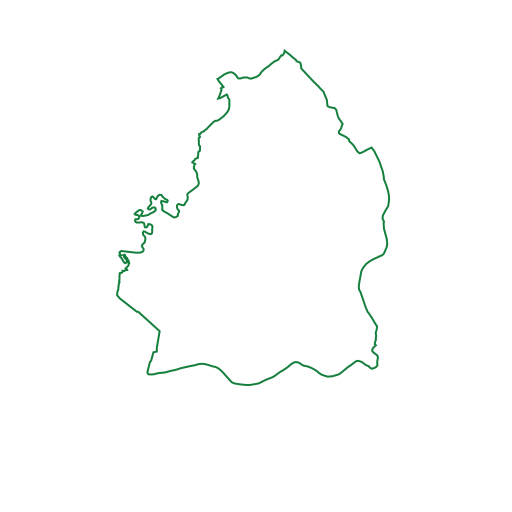 outline of Kampong Trach, Kâmpôt, Cambodia, rotated 51°
{"feature_id": "14789045B82018402727436", "entity_name": "Kampong Trach", "entity_type": "district", "adm_level": 2, "iso_a3": "KHM", "parent_name": "Cambodia", "parent_adm1": "Kâmpôt", "projection": "mercator", "projection_center": [104.456, 10.519], "detail": "fine", "context": "isolated", "style": "outline", "palette": "green", "viewbox_px": 512, "rotation_deg": 51, "n_neighbors": 0, "source": "geoboundaries", "source_scale": "gbopen_adm2", "svg_char_len": 6141}
<svg xmlns="http://www.w3.org/2000/svg" viewBox="0 0 512 512"><g transform="rotate(51 256 256)"><path d="M309.9,134.9L306.7,134.2L304.4,132.0L302.0,126.4L300.5,122.0L296.4,117.5L292.7,114.7L288.8,112.6L283.2,110.3L276.9,108.3L274.6,106.7L269.7,104.1L259.7,100.5L256.5,99.8L248.9,98.1L244.5,97.9L243.1,103.5L242.9,105.4L241.9,109.7L241.1,111.0L238.0,111.4L234.8,110.9L231.3,110.6L228.6,110.8L225.7,111.3L223.5,110.4L220.0,111.2L213.4,114.3L212.6,114.2L211.3,113.1L210.9,110.9L210.2,109.5L208.7,107.1L207.9,105.6L205.7,105.3L201.4,105.1L198.4,104.2L193.0,101.7L190.7,101.7L186.8,105.0L185.3,105.8L184.3,106.0L179.2,102.7L174.7,101.4L170.8,100.2L166.4,100.6L162.8,100.8L157.0,101.5L138.9,102.8L135.5,100.7L133.7,100.0L132.2,100.6L130.1,102.0L128.7,101.5L125.2,102.4L121.1,103.0L114.5,104.6L115.5,105.6L116.4,107.3L116.8,109.2L116.0,109.9L116.4,111.8L116.9,113.3L117.4,114.9L117.4,115.8L116.5,118.6L116.3,121.6L116.3,124.7L116.5,126.1L116.1,130.2L116.1,132.5L116.3,134.9L116.7,137.1L117.4,138.7L117.3,141.8L116.8,143.8L116.0,145.6L115.1,148.2L113.6,149.5L111.7,150.5L109.8,152.9L108.7,154.9L108.4,156.1L107.6,157.2L106.6,158.1L103.0,157.8L101.2,158.0L100.2,158.3L98.8,158.8L97.7,159.5L96.7,160.9L95.8,163.0L94.9,166.5L94.9,167.8L94.4,173.8L94.2,174.5L97.2,174.9L104.2,174.8L104.2,175.7L103.5,176.6L103.6,177.8L105.2,178.2L108.5,183.6L109.9,186.3L110.8,184.1L112.1,177.1L113.4,177.2L115.2,178.2L116.4,178.2L117.7,178.3L123.0,182.6L124.9,184.7L126.2,188.0L127.0,193.4L126.9,198.2L126.5,200.9L125.2,202.8L125.1,205.1L125.9,212.6L126.3,214.7L126.0,216.4L126.4,218.0L125.8,219.2L125.5,220.4L126.0,222.4L125.4,223.4L126.0,223.9L126.5,224.1L128.3,224.6L128.2,226.0L129.2,227.1L131.4,228.5L132.1,229.3L133.9,230.5L135.8,230.5L136.9,231.7L138.0,232.4L139.0,233.6L138.7,234.9L139.6,236.1L140.9,237.1L141.9,238.4L143.2,239.4L142.6,241.0L142.3,242.0L142.9,243.7L142.8,245.5L143.2,246.6L144.9,245.9L146.3,245.4L146.4,246.5L148.2,248.7L149.0,249.3L152.8,249.4L154.6,249.9L155.8,250.6L158.1,252.3L160.7,253.1L162.4,254.0L163.6,254.8L164.8,256.8L164.8,262.1L164.5,268.8L164.6,269.7L165.0,270.7L165.8,271.3L167.1,271.9L167.9,272.5L169.1,273.7L169.6,275.0L170.1,277.1L171.2,279.2L171.0,280.2L170.0,281.3L169.2,281.9L167.9,282.7L166.9,283.4L166.8,285.1L167.5,286.1L169.0,287.1L170.7,287.5L171.4,287.5L172.1,287.3L172.9,287.5L173.3,288.1L173.7,288.8L174.2,290.3L175.6,291.4L175.4,293.6L174.6,295.4L171.7,296.5L167.5,297.8L163.3,299.5L161.2,299.9L159.3,298.2L157.6,297.0L154.5,296.1L153.7,294.8L156.0,293.0L158.2,291.5L157.8,290.0L156.7,289.7L153.9,290.9L150.9,291.3L149.1,291.1L147.8,292.4L147.5,294.3L148.2,296.2L149.0,297.7L148.6,298.4L147.2,298.8L145.7,298.6L144.5,299.1L144.3,300.2L145.2,302.0L146.8,303.3L148.4,303.6L149.6,304.6L150.2,307.1L150.3,308.8L151.1,310.2L152.4,310.0L153.2,308.7L153.2,306.5L154.0,304.6L155.6,304.0L157.1,304.8L157.4,305.7L157.4,308.0L156.7,310.7L156.2,314.1L153.8,318.7L152.6,319.9L151.9,320.3L151.2,317.8L150.2,316.1L149.0,316.1L147.2,317.2L146.8,318.3L146.7,320.8L146.7,322.6L147.0,323.9L147.9,323.8L149.9,322.1L151.8,321.9L152.8,322.8L153.1,324.0L152.6,325.3L151.6,326.4L152.5,327.9L153.8,328.1L155.1,327.5L156.7,325.4L157.7,323.6L159.9,322.4L161.8,323.2L163.1,324.0L164.1,324.1L164.7,323.2L164.8,322.3L164.2,320.9L163.4,319.6L164.6,318.4L166.4,317.6L168.0,317.9L170.3,320.3L171.7,321.3L172.9,322.7L172.8,323.9L171.3,325.3L169.7,326.1L167.6,326.8L166.2,327.7L166.6,329.2L168.4,330.3L171.1,330.2L172.2,330.5L173.8,331.9L175.3,333.9L175.5,335.0L175.5,336.6L176.4,338.5L178.3,338.8L179.7,338.9L180.6,339.5L181.3,341.1L180.5,343.9L177.7,347.4L167.3,357.6L167.2,359.8L168.6,360.3L170.2,360.7L169.6,361.9L170.5,362.1L171.4,362.0L172.1,361.8L176.2,362.3L177.6,362.6L179.3,362.2L179.5,361.4L179.3,360.5L178.8,359.7L178.2,359.1L177.4,358.9L174.9,359.3L174.0,359.2L172.5,358.5L171.7,358.7L172.0,357.8L172.9,357.2L173.5,357.9L176.6,357.5L178.2,358.0L178.8,358.3L179.7,358.1L180.0,359.7L180.8,359.4L181.2,358.8L181.9,359.1L182.1,359.9L182.7,360.6L183.1,361.2L183.3,361.9L183.5,364.3L183.7,365.2L185.1,364.8L185.8,365.0L184.8,366.4L184.7,367.1L184.8,367.9L184.1,368.4L183.5,369.0L184.2,369.4L184.5,370.3L184.5,371.0L184.2,371.6L183.6,372.2L183.7,372.9L184.2,373.4L184.9,373.8L185.9,375.1L186.6,375.4L189.0,377.5L189.3,378.3L190.6,378.6L191.1,380.0L193.1,381.8L193.5,382.5L195.4,384.1L196.3,385.9L197.0,386.5L197.4,387.1L198.0,387.6L198.7,388.3L199.3,388.7L203.5,388.5L224.3,383.7L225.3,382.6L253.8,378.2L264.7,390.6L267.8,393.2L266.3,396.3L271.3,403.3L271.7,405.2L277.5,412.9L278.1,413.6L279.1,414.0L280.2,414.1L280.9,413.4L283.3,410.4L284.2,408.7L285.4,405.9L286.4,404.3L288.7,400.9L289.9,398.6L291.4,395.0L293.4,391.2L294.1,389.6L294.9,387.8L295.6,385.7L297.0,382.8L300.4,375.9L302.1,372.9L303.3,370.0L304.4,367.9L305.7,366.0L307.3,364.2L311.3,361.1L313.2,360.1L316.5,357.5L318.5,356.4L320.2,355.8L322.3,355.4L325.3,355.0L335.4,354.5L337.8,354.4L338.8,354.3L339.8,353.9L341.3,353.0L342.5,352.1L346.9,348.0L349.1,345.8L350.8,343.9L352.2,342.1L353.7,339.7L356.7,334.1L358.5,326.1L360.5,319.7L360.9,317.7L361.3,310.1L361.8,307.2L362.3,301.8L362.2,296.7L362.5,294.1L363.0,292.6L363.9,291.4L365.3,290.2L366.6,289.6L370.3,288.4L371.1,288.1L373.9,285.7L375.5,284.7L378.1,283.3L380.4,282.3L383.3,281.3L387.4,280.4L389.6,279.7L394.8,276.3L397.5,272.4L399.4,267.9L400.2,265.7L400.3,261.4L400.2,256.7L400.2,254.7L400.6,249.7L400.7,245.1L401.1,243.4L402.3,242.2L403.8,241.1L405.6,240.3L410.1,239.2L411.7,238.2L412.6,237.7L413.9,237.8L415.3,237.5L416.8,236.6L417.0,235.8L417.7,233.6L417.8,232.4L417.3,230.3L416.1,229.6L414.9,228.7L413.8,227.7L412.7,226.2L411.3,225.0L410.6,224.5L409.0,224.4L405.6,225.3L403.3,225.5L402.0,224.8L401.2,223.0L401.0,221.3L400.8,219.0L399.1,219.1L397.0,216.5L396.6,215.5L395.1,214.5L393.8,213.0L392.4,212.1L391.3,211.6L389.0,208.4L386.9,206.2L383.5,205.9L377.8,205.0L371.9,204.4L369.6,204.4L364.8,203.0L349.8,197.5L346.9,197.0L344.0,195.0L341.5,192.3L334.3,183.9L333.2,181.9L332.3,179.1L331.5,175.1L331.7,170.7L332.5,166.0L333.6,162.1L334.2,159.3L334.8,157.7L334.7,155.6L334.0,153.8L331.2,148.6L329.1,146.3L325.1,143.7L315.4,139.4L312.8,137.6L310.4,135.8L309.9,134.9Z" fill="none" stroke="#15803d" stroke-width="2"/></g></svg>